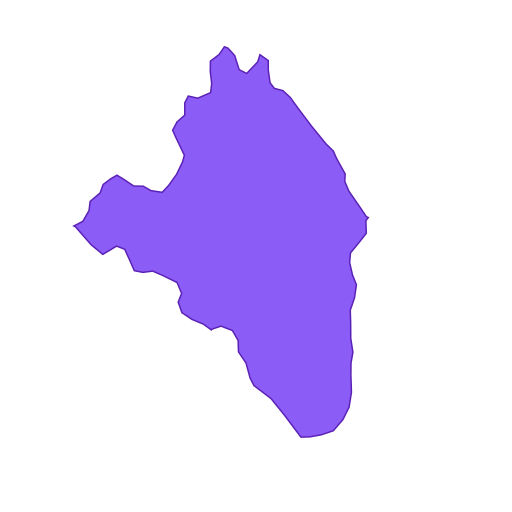 Uppvidinge, Kronoberg, Sweden (Robinson projection), rotated 53°
{"feature_id": "70781695B81795147571937", "entity_name": "Uppvidinge", "entity_type": "district", "adm_level": 2, "iso_a3": "SWE", "parent_name": "Sweden", "parent_adm1": "Kronoberg", "projection": "robinson", "projection_center": [15.412, 57.055], "detail": "fine", "context": "isolated", "style": "filled", "palette": "violet", "viewbox_px": 512, "rotation_deg": 53, "n_neighbors": 0, "source": "geoboundaries", "source_scale": "gbopen_adm2", "svg_char_len": 1405}
<svg xmlns="http://www.w3.org/2000/svg" viewBox="0 0 512 512"><g transform="rotate(53 256 256)"><path d="M390.4,236.1L378.8,229.9L366.3,220.6L356.0,213.3L348.7,202.5L339.4,193.1L329.1,190.3L317.7,185.2L310.4,178.7L307.3,165.8L304.2,154.2L293.9,147.0L292.9,143.2L290.9,144.2L279.9,143.6L260.3,142.8L250.0,140.3L244.1,135.4L226.3,132.9L218.9,131.1L208.8,132.6L186.0,133.5L162.4,133.5L150.1,133.2L140.1,135.0L133.1,140.5L126.1,140.5L115.1,134.4L107.3,128.6L97.6,131.7L102.0,137.8L104.6,153.6L97.1,157.3L83.1,152.4L73.1,153.3L69.9,155.3L72.9,164.3L72.9,175.1L81.0,181.4L91.6,187.6L98.2,193.9L94.9,207.6L87.5,213.8L90.8,220.7L100.6,228.1L101.4,238.4L105.4,246.9L112.8,248.6L132.4,252.6L136.5,257.8L143.0,270.3L147.1,283.5L148.7,292.6L140.5,300.6L132.3,304.1L126.6,311.5L115.1,315.5L107.8,318.4L106.9,325.3L106.9,335.0L111.8,342.5L112.6,355.6L119.2,362.0L124.1,373.4L122.4,383.4L124.0,382.6L147.8,380.9L162.5,377.4L164.2,361.4L171.6,356.8L184.7,359.7L194.5,362.0L201.0,356.2L205.9,347.6L214.9,342.5L229.7,335.0L241.1,337.9L246.0,345.9L256.7,349.3L268.1,345.3L278.8,339.0L288.1,336.2L287.8,335.6L290.9,326.2L301.3,319.7L312.7,321.1L322.0,327.7L335.5,328.4L350.0,334.2L358.3,335.6L379.0,329.8L399.7,329.1L412.1,329.1L427.7,329.1L432.8,321.9L438.0,311.7L442.1,299.4L438.9,284.9L432.7,272.6L422.3,261.8L407.8,251.6L398.5,244.4L391.2,236.5L390.4,236.1Z" fill="#8b5cf6" stroke="#5b21b6" stroke-width="1.5"/></g></svg>